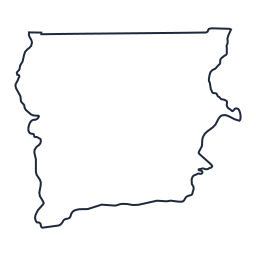 map outline of Upper West (Mercator projection)
{"feature_id": "GHA-2157", "entity_name": "Upper West", "entity_type": "Region", "adm_level": 1, "iso_a3": "GHA", "parent_name": "Ghana", "parent_adm1": "", "projection": "mercator", "projection_center": [-2.051, 10.34], "detail": "fine", "context": "isolated", "style": "outline", "palette": "slate", "viewbox_px": 256, "rotation_deg": 0, "n_neighbors": 0, "source": "natural_earth", "source_scale": "10m", "svg_char_len": 3749}
<svg xmlns="http://www.w3.org/2000/svg" viewBox="0 0 256 256"><path d="M211.2,28.3L229.2,28.8L231.0,29.5L228.2,35.8L227.4,38.7L227.7,40.9L227.6,42.9L227.3,44.1L226.8,45.1L226.6,45.9L226.6,46.8L226.8,47.6L226.8,53.7L226.3,54.6L225.6,55.2L224.8,55.5L224.2,55.9L223.7,56.4L221.6,57.9L220.5,59.4L220.2,60.6L220.2,62.5L220.0,63.4L219.8,64.0L217.8,65.8L215.8,68.2L215.0,68.8L213.7,69.4L212.8,69.9L211.8,70.6L210.5,72.2L210.0,73.4L209.6,74.8L208.9,78.9L208.9,80.2L209.0,81.2L209.7,82.5L209.9,83.3L210.7,88.4L210.9,89.2L211.2,89.9L211.6,90.6L212.1,92.0L212.5,92.6L213.1,93.0L214.0,93.1L214.8,93.2L215.7,93.3L216.4,93.6L216.8,94.1L217.2,94.8L217.4,95.5L217.8,96.2L218.3,96.6L219.0,96.9L219.5,97.3L219.9,97.7L220.5,98.5L221.0,99.0L221.7,99.3L223.4,99.5L224.2,99.7L226.2,100.7L226.7,101.2L227.0,102.2L227.0,103.1L226.7,104.5L226.8,105.3L227.3,106.8L227.6,107.5L228.1,108.0L229.2,108.8L230.4,109.5L231.9,110.9L232.2,111.1L232.6,111.1L233.0,110.9L233.4,110.5L234.8,108.9L235.4,108.5L236.1,108.4L236.9,108.5L238.3,109.1L238.9,109.9L239.5,111.1L240.3,113.7L240.6,116.6L240.4,119.0L240.2,119.8L239.3,120.7L234.7,119.3L229.5,116.6L226.4,115.3L224.5,115.1L223.5,115.2L222.5,115.3L221.5,115.6L220.8,116.0L220.3,116.4L218.4,118.9L215.6,124.3L214.7,125.4L212.7,127.4L206.9,131.7L205.1,133.5L203.8,135.4L203.0,137.0L202.7,137.8L202.3,139.5L202.0,145.1L201.8,146.0L201.5,147.0L199.2,151.2L198.8,152.2L198.7,153.1L199.6,154.2L210.5,163.9L211.6,165.1L212.2,166.1L211.8,167.0L211.3,167.5L209.7,168.0L207.9,169.0L207.3,169.2L206.6,169.2L205.8,169.2L204.9,169.1L203.5,168.5L202.8,168.4L202.1,168.5L201.4,168.8L199.6,169.1L198.7,169.4L198.6,169.8L198.9,170.2L201.3,170.8L202.0,171.2L202.4,171.8L202.3,172.9L201.8,173.5L201.0,173.8L200.2,173.9L199.4,173.7L198.5,173.6L197.7,173.7L195.8,174.8L194.9,175.0L193.7,175.6L193.1,176.2L192.6,176.8L192.3,177.4L191.8,179.0L191.6,179.8L191.8,182.3L191.8,183.0L191.8,183.8L192.1,184.5L193.2,186.2L193.5,187.0L193.6,187.8L193.6,188.8L193.4,190.0L192.8,191.6L192.5,193.2L192.1,194.2L191.5,194.8L190.9,195.1L187.5,196.1L186.2,197.0L185.3,198.2L184.1,200.3L183.3,201.1L182.4,201.6L178.9,201.7L171.0,200.7L170.4,200.7L168.1,201.1L166.3,201.3L157.0,200.7L138.4,204.8L133.0,205.0L129.6,204.5L127.9,204.1L124.1,203.9L122.2,203.9L120.5,204.1L115.9,205.5L115.0,205.6L102.3,204.7L101.5,204.7L88.3,208.9L86.6,209.1L79.4,209.2L77.3,209.6L75.1,210.2L74.0,210.8L73.1,211.3L72.6,211.8L71.8,212.9L71.4,213.6L70.5,216.3L69.8,217.5L69.1,218.1L68.1,218.5L65.5,219.1L64.6,219.5L63.9,220.0L63.4,220.6L62.6,222.0L61.9,223.0L60.8,224.3L59.6,225.1L58.6,225.5L42.4,227.7L41.3,226.9L40.8,225.6L40.7,224.2L39.9,223.1L38.7,222.4L37.9,222.5L37.1,222.4L35.9,221.1L35.0,218.1L35.5,215.0L37.9,210.2L42.8,204.7L43.7,203.2L43.3,201.8L39.9,196.2L39.3,192.6L40.6,186.0L40.8,182.3L39.9,179.7L36.6,174.8L35.9,171.8L35.9,164.1L35.9,159.4L34.4,152.8L34.5,150.0L36.4,147.0L39.3,144.7L40.3,143.4L40.8,141.5L40.7,139.6L40.2,138.8L39.3,138.4L37.9,137.5L36.5,137.0L35.3,137.0L34.3,136.7L34.0,135.0L33.5,134.1L32.3,133.8L30.8,133.6L29.6,133.0L28.4,130.7L28.4,127.6L29.1,124.7L30.1,122.5L31.1,121.2L32.2,120.3L33.6,119.8L35.4,119.7L37.0,119.0L38.3,117.7L38.9,116.3L38.4,115.7L34.9,115.6L32.6,115.2L30.8,114.3L25.8,109.9L24.7,108.0L24.2,105.2L23.8,104.5L21.9,102.6L21.2,101.7L20.8,100.3L20.6,97.2L20.2,95.8L16.0,88.1L15.4,85.3L15.8,83.9L17.7,80.4L18.6,78.0L19.0,77.5L19.3,76.8L19.3,75.9L18.9,75.2L18.2,74.9L17.6,74.8L17.3,74.8L17.2,74.2L16.8,72.7L17.3,71.8L18.8,70.3L19.6,68.9L20.1,65.6L22.5,61.7L24.1,54.9L25.1,51.9L27.0,49.7L29.3,47.9L31.2,45.8L32.0,42.4L31.2,39.7L29.6,37.1L28.8,34.3L29.2,33.3L29.0,32.4L41.3,32.6L41.3,34.2L44.5,34.2L57.9,34.0L85.8,33.7L120.3,33.4L152.5,33.1L183.8,32.8L206.0,32.5L207.6,31.6L208.7,29.0L211.2,28.3Z" fill="none" stroke="#1e293b" stroke-width="2"/></svg>